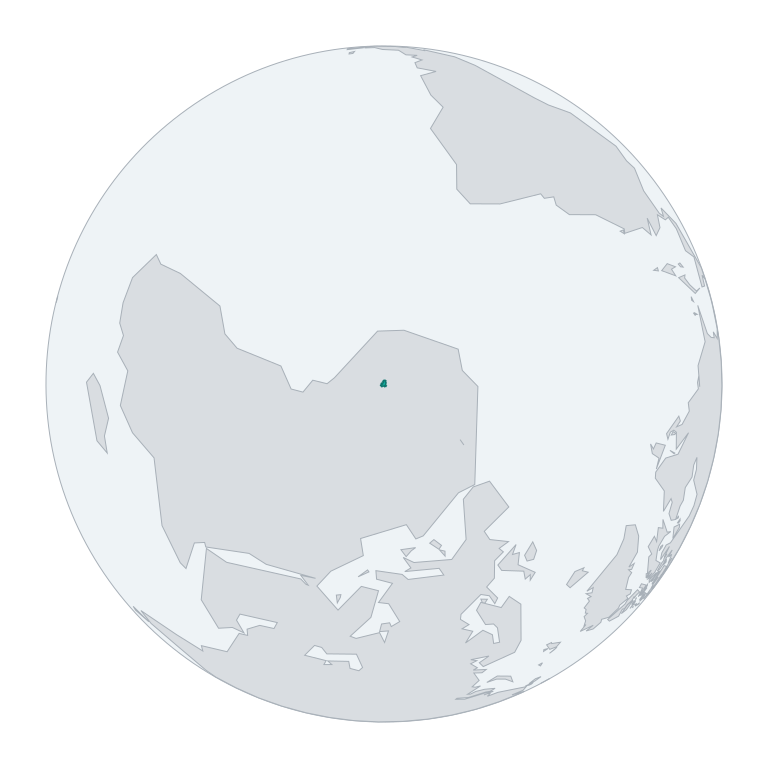 Mou Houn on an orthographic globe, rotated 143°
{"feature_id": "BFA-2804", "entity_name": "Mou Houn", "entity_type": "Province", "adm_level": 1, "iso_a3": "BFA", "parent_name": "Burkina Faso", "parent_adm1": "", "projection": "orthographic", "projection_center": [-3.423, 12.234], "detail": "fine", "context": "on_globe", "style": "filled", "palette": "teal", "viewbox_px": 768, "rotation_deg": 143, "n_neighbors": 0, "source": "natural_earth", "source_scale": "10m", "svg_char_len": 10021}
<svg xmlns="http://www.w3.org/2000/svg" viewBox="0 0 768 768"><g transform="rotate(143 384 384)"><circle cx="384" cy="384" r="338" fill="#eef3f6" stroke="#a8b0b8"/><path d="M292.1,58.8L291.2,59.1L258.7,71.8L265.0,69.8L256.7,74.8L260.9,74.6L253.7,78.0L263.3,75.2L269.1,72.2L275.2,70.2L278.2,70.2L269.5,74.1L266.8,74.7L265.8,75.9L260.2,78.1L264.6,77.0L253.8,82.5L268.9,77.3L263.8,81.9L255.5,85.6L250.8,84.8L219.7,94.9L209.7,100.3L200.4,107.5L194.5,120.9L185.9,127.7L178.2,137.1L185.4,132.9L194.0,124.3L205.7,120.0L214.9,111.0L220.9,108.4L232.6,100.3L236.7,102.3L234.4,109.0L225.0,116.1L223.7,119.7L237.5,114.1L224.5,129.9L224.0,145.5L220.0,150.1L203.6,155.3L191.4,151.0L170.1,161.8L189.8,156.1L179.5,169.5L180.3,172.7L184.3,173.2L190.5,169.0L188.2,174.3L167.9,180.9L169.6,176.1L176.1,173.7L170.3,172.3L156.5,178.6L152.3,185.9L135.9,190.9L132.7,196.5L127.3,201.4L133.5,191.8L122.1,209.7L102.1,224.5L86.1,258.0L95.4,229.7L94.7,224.4L92.5,222.2L89.6,227.5L90.5,219.8L84.6,227.7L72.6,252.8L64.5,274.5L64.5,279.5L69.0,269.3L71.6,270.1L60.0,299.0L63.0,309.0L57.1,332.1L56.6,346.1L60.5,345.8L63.8,354.6L69.5,342.8L77.3,338.7L74.0,358.1L81.0,342.3L83.5,353.5L101.0,359.4L98.8,363.3L113.1,391.8L134.0,407.7L138.8,423.2L135.8,431.3L144.2,435.8L144.4,441.6L183.0,458.0L206.7,476.0L208.6,495.8L194.0,515.6L193.1,560.1L170.2,569.5L172.7,586.5L169.2,608.2L154.3,602.3L167.2,616.5L165.9,622.0L158.6,619.9L164.8,628.3L159.7,626.5L168.4,633.7L171.5,641.8L183.8,652.0L189.0,658.3L197.3,664.1L195.1,663.1L195.8,664.0L199.6,666.7L187.8,659.1L171.6,646.5L166.2,641.4L163.1,639.1L150.5,625.3L151.3,627.2L130.7,602.8L119.5,583.7L91.8,522.2L84.9,508.1L72.0,488.3L55.6,434.3L56.0,416.2L54.1,405.6L60.4,381.9L61.4,354.8L59.9,349.7L56.8,357.9L54.2,336.6L56.9,315.2L60.6,286.0L68.4,263.1L77.9,240.9L88.9,219.4L101.4,198.7L115.4,179.0L130.7,160.3L147.3,142.8L165.2,126.5L184.1,111.5L204.1,97.9L225.0,85.8L246.7,75.2L269.1,66.2L292.1,58.8ZM80.9,269.0L84.7,291.6L78.0,290.0L80.1,287.7L80.1,279.3L78.5,270.2L73.9,270.6L80.9,269.0ZM92.9,253.5L91.9,251.1L93.6,252.0L92.9,253.5ZM229.5,100.0L231.0,100.2L228.1,101.5L229.5,100.0ZM233.2,96.5L228.8,98.0L229.8,96.6L232.6,95.7L233.2,96.5ZM238.4,95.2L232.3,94.1L234.3,91.8L246.3,86.8L238.4,95.2ZM269.6,71.4L263.6,74.5L265.8,72.1L269.6,71.4ZM269.6,70.4L267.7,67.7L278.1,63.8L276.6,65.1L287.9,60.8L293.9,60.0L289.1,62.3L281.1,64.8L289.5,62.8L269.6,70.4ZM277.8,69.2L276.5,68.7L285.5,65.1L289.7,65.5L285.5,66.5L277.8,69.2ZM287.9,60.3L295.3,58.2L302.2,56.8L306.0,56.0L294.9,59.7L287.9,60.3ZM285.0,67.3L291.6,66.0L290.2,67.8L279.7,69.5L285.0,67.3ZM286.0,64.2L290.5,62.7L289.4,63.6L286.0,64.2ZM288.7,74.7L286.9,73.5L291.4,71.4L288.7,74.7ZM294.2,65.4L294.7,64.8L296.3,64.0L300.3,63.6L294.2,65.4ZM300.6,58.8L301.9,59.0L305.4,57.2L310.7,56.6L302.4,59.5L308.2,58.0L309.9,57.9L301.2,60.5L300.6,58.8ZM309.0,61.1L300.3,65.4L302.5,67.7L298.6,69.5L295.6,65.6L309.0,61.1ZM305.2,60.4L306.7,61.1L301.0,62.6L296.5,63.1L305.2,60.4ZM317.3,55.5L311.4,55.5L313.4,55.0L317.3,55.5ZM310.8,61.4L312.9,60.4L311.6,61.3L310.8,61.4ZM316.6,56.8L314.2,56.7L316.6,56.1L316.6,56.8ZM319.0,58.7L316.2,59.9L313.0,60.1L319.0,58.7ZM318.8,57.6L322.7,56.7L313.6,59.4L317.4,57.6L318.8,57.6ZM319.2,56.2L319.8,55.8L319.9,56.3L319.2,56.2ZM332.6,57.8L322.0,61.2L315.1,61.4L326.3,57.9L332.6,57.8ZM211.4,673.8L190.7,661.1L200.6,667.4L197.8,664.7L212.2,673.2L211.4,673.8ZM207.4,667.3L209.9,666.7L213.3,668.6L212.3,669.5L207.4,667.3ZM695.3,252.5L694.5,250.6L698.4,262.5L707.1,301.0L714.1,332.9L714.5,349.4L700.5,308.6L689.4,279.8L687.3,284.9L670.4,264.6L649.8,272.0L644.2,265.3L640.9,270.6L628.5,266.0L619.0,254.9L612.8,257.7L637.5,286.9L643.9,284.2L645.6,269.5L651.6,280.8L663.1,288.5L659.8,321.7L624.8,359.5L617.0,336.3L567.8,278.4L566.9,271.0L566.5,270.3L565.6,268.9L565.6,281.2L555.6,270.0L586.6,310.9L593.7,329.9L624.4,361.1L622.6,365.4L631.1,371.2L653.2,355.8L654.3,363.9L646.5,404.5L612.1,463.4L614.2,496.4L607.5,525.5L580.7,548.7L577.6,569.8L562.9,579.5L558.4,591.7L543.5,605.9L520.8,620.3L487.9,624.4L490.1,614.0L480.1,594.8L468.1,545.0L480.9,519.8L479.8,501.0L455.5,460.4L461.2,435.9L453.6,426.3L438.6,429.9L429.3,418.5L419.8,418.8L357.3,430.1L335.7,414.9L303.8,367.2L313.3,347.7L310.5,325.5L372.0,249.1L390.0,252.3L444.1,239.1L451.8,241.1L450.8,258.2L495.7,274.7L503.8,259.4L539.1,266.5L559.2,263.0L556.8,231.1L523.9,236.0L512.8,222.2L534.9,205.5L562.8,202.9L559.4,197.6L537.2,188.1L539.1,177.2L529.0,184.1L536.5,188.9L530.4,193.8L523.2,189.9L524.2,185.9L514.4,184.8L512.5,205.7L519.9,212.8L497.2,219.7L507.4,232.6L502.8,239.8L484.1,221.0L482.4,213.4L451.2,195.4L450.9,203.6L480.3,221.7L473.2,220.9L473.0,233.9L467.5,223.4L435.5,203.1L412.0,210.4L390.0,244.2L374.7,248.1L358.2,242.9L358.3,210.7L392.6,206.0L393.1,196.1L379.4,183.2L391.0,183.4L389.7,178.1L402.0,176.3L412.7,162.5L424.2,160.1L422.0,144.7L427.7,141.9L427.3,151.5L433.3,157.6L461.1,153.7L464.6,150.0L460.9,140.7L469.0,141.5L461.9,133.1L474.8,128.1L453.2,127.8L448.3,118.5L452.6,110.8L447.1,108.2L440.1,121.0L440.9,126.4L447.7,130.8L446.3,147.6L438.1,151.3L424.9,134.9L411.8,139.0L407.2,125.8L428.8,96.8L441.1,91.1L474.8,98.6L475.6,104.0L463.9,103.6L480.6,111.6L476.4,107.2L483.2,108.4L480.2,101.2L484.9,101.8L474.1,94.5L479.5,94.4L486.2,99.1L486.4,90.0L495.8,89.1L493.6,86.9L488.6,84.8L503.9,85.9L501.6,84.3L495.7,83.2L487.3,79.6L478.4,74.1L484.2,74.7L488.2,76.8L505.2,82.8L514.9,89.1L516.4,89.0L509.3,83.7L488.6,76.2L481.6,72.8L491.4,75.6L487.3,74.3L485.7,72.9L489.4,72.4L478.6,69.2L452.6,56.7L457.2,55.7L468.9,58.7L456.8,54.1L459.8,54.7L483.5,61.1L506.7,69.1L529.3,78.9L551.0,90.2L571.9,103.2L591.8,117.5L610.6,133.3L628.2,150.5L644.5,168.8L659.5,188.3L673.0,208.8L684.9,230.3L695.3,252.5ZM356.9,287.2L356.7,293.8L356.9,287.2ZM596.8,217.0L610.6,215.1L596.7,197.9L600.8,196.1L594.5,191.3L595.6,196.7L579.1,183.7L582.3,177.3L576.6,170.1L571.7,170.5L568.6,184.8L592.1,202.9L592.3,211.1L596.8,217.0ZM101.7,359.4L103.4,363.9L100.2,363.0L101.7,359.4ZM74.7,297.3L76.6,299.1L76.8,302.7L74.9,302.6L74.7,297.3ZM96.8,309.2L100.2,312.5L95.6,312.4L96.8,309.2ZM85.9,294.8L94.0,307.4L85.4,309.7L80.7,302.2L85.3,302.7L85.9,294.8ZM87.2,263.5L87.9,265.7L86.1,268.9L87.2,263.5ZM94.1,254.3L93.5,254.2L94.2,251.1L94.1,254.3ZM180.7,169.0L182.3,168.7L185.3,170.4L181.7,171.9L180.7,169.0ZM211.6,166.9L207.2,175.7L207.9,170.0L202.1,173.1L196.2,165.8L217.7,152.2L209.0,159.3L211.6,166.9ZM194.3,153.7L195.6,158.9L193.3,153.8L194.3,153.7ZM370.0,153.9L376.3,156.5L374.8,162.6L360.2,168.4L362.3,159.2L370.0,153.9ZM385.7,159.0L376.6,142.6L385.3,139.3L381.9,143.7L388.6,143.2L385.0,150.4L402.2,164.3L402.0,170.9L375.1,176.3L384.0,170.5L377.3,167.9L385.7,159.0ZM338.0,115.5L334.2,110.8L358.0,109.3L358.9,114.0L344.4,119.3L334.9,116.9L338.0,115.5ZM260.9,87.6L257.9,87.7L260.3,86.3L264.8,85.2L260.9,87.6ZM287.5,74.3L276.5,86.6L272.5,87.1L270.9,95.1L259.7,99.6L261.1,94.1L251.3,104.2L248.1,101.0L242.7,108.0L247.0,95.2L243.8,93.6L251.6,93.5L262.0,89.2L265.5,86.8L273.0,79.4L271.1,74.9L281.1,70.7L288.6,69.1L290.6,69.5L283.5,71.8L291.2,70.8L282.5,74.6L287.5,74.3ZM371.2,65.1L362.1,65.4L376.2,68.3L367.5,70.3L369.7,70.5L365.5,73.5L364.2,77.8L359.5,78.4L361.1,79.9L358.3,82.3L358.9,84.7L350.6,87.0L350.5,90.3L346.6,89.6L348.8,94.9L343.5,92.1L339.4,95.5L346.7,96.4L300.7,107.5L285.6,116.0L275.8,125.1L268.0,120.3L272.1,109.3L282.8,97.2L298.6,90.4L292.2,90.1L297.8,86.9L300.5,88.5L299.7,84.3L305.1,82.3L314.6,74.5L310.2,70.7L313.6,68.2L318.0,68.8L318.3,66.0L328.9,65.5L331.6,63.9L344.8,62.4L351.8,65.1L354.2,63.2L364.4,62.5L371.2,65.1ZM336.4,57.4L346.7,59.0L347.1,61.3L324.0,63.2L320.1,64.8L305.3,67.1L305.1,64.1L309.4,63.6L313.5,62.4L311.9,63.8L316.2,61.9L322.2,61.4L327.1,59.9L329.2,60.7L336.4,57.4ZM457.2,234.3L462.5,234.4L470.2,232.8L470.2,241.5L457.2,234.3ZM435.2,220.5L439.6,219.0L443.3,229.4L437.8,229.7L435.2,220.5ZM438.8,209.8L439.5,218.1L435.9,213.8L438.8,209.8ZM431.0,149.9L435.3,148.3L437.0,150.3L436.1,153.9L431.0,149.9ZM411.1,77.8L405.8,76.7L406.3,75.8L398.5,71.6L404.4,70.3L411.3,72.3L411.1,77.8ZM553.0,237.3L549.1,244.1L545.2,241.7L547.4,239.8L553.0,237.3ZM509.1,243.0L520.7,245.6L509.0,245.4L509.1,243.0ZM416.1,75.7L412.2,74.0L417.5,74.4L416.1,75.7ZM408.2,69.3L413.9,69.3L404.2,69.7L408.2,69.3ZM596.9,646.2L593.7,648.9L591.7,650.3L596.9,646.2ZM647.4,511.4L620.5,564.5L609.7,567.4L611.8,553.6L624.6,522.4L638.6,510.7L646.6,495.4L647.4,511.4ZM714.9,335.6L718.5,352.8L718.1,357.4L714.9,335.6ZM460.3,68.6L464.6,75.2L471.6,80.5L481.5,83.8L469.3,82.6L458.6,74.4L460.3,68.6ZM452.9,57.7L444.2,55.9L446.6,55.6L448.9,56.0L452.9,57.7ZM448.6,57.4L440.5,57.5L434.7,55.8L442.3,56.0L448.6,57.4ZM428.7,64.7L429.6,66.6L425.2,66.0L428.7,64.7ZM429.7,49.2L438.8,50.6L435.7,50.1L428.8,49.1L429.7,49.2Z" fill="#d9dde1" stroke="#a8b0b8" stroke-width="1"/><path d="M387.4,383.2L387.4,383.3L387.2,383.5L387.1,383.8L387.3,384.0L387.5,384.3L387.5,384.5L387.6,384.9L387.5,385.0L387.2,384.8L386.9,385.0L386.7,385.2L386.3,385.2L386.2,385.1L386.1,384.9L385.9,384.9L385.7,384.9L385.4,384.8L385.2,384.8L385.1,385.2L385.2,385.3L385.3,385.4L385.4,385.6L385.5,385.6L385.8,385.7L385.9,385.9L385.9,386.0L385.7,386.1L385.3,385.9L385.1,386.0L384.9,386.0L384.8,385.9L384.7,385.6L384.4,385.5L384.2,385.4L383.6,385.5L383.6,385.8L383.4,386.0L383.2,386.0L383.0,386.3L382.9,386.5L383.0,386.6L383.1,386.8L382.6,386.8L382.4,386.9L382.3,387.0L382.2,387.0L381.9,387.0L381.8,386.9L381.7,386.8L381.4,386.7L381.2,386.4L380.9,386.3L380.9,386.2L380.9,385.9L380.8,385.7L381.0,385.7L380.9,385.6L381.0,385.4L381.1,385.1L381.2,384.9L381.3,384.9L381.4,384.7L381.5,384.7L381.7,384.4L381.7,384.0L381.7,383.8L381.9,383.8L382.0,383.7L382.2,383.4L382.4,383.1L382.6,382.9L382.8,382.9L382.9,383.0L383.0,383.0L383.1,382.8L383.1,382.7L383.2,382.4L383.3,382.3L383.3,382.1L383.4,381.9L383.4,381.7L383.5,381.5L383.5,381.4L383.4,381.4L383.3,381.2L383.6,381.1L383.8,381.1L384.0,381.0L384.4,381.5L384.5,381.7L384.6,381.4L384.8,381.4L385.0,381.4L385.0,382.0L385.0,382.3L385.3,382.3L385.5,382.4L385.8,382.8L385.9,383.0L386.0,383.0L386.4,383.2L386.5,383.2L386.7,383.3L386.8,383.3L386.9,383.2L387.0,383.1L387.3,383.1L387.4,383.2Z" fill="#14b8a6" stroke="#0f766e" stroke-width="1.5"/></g></svg>